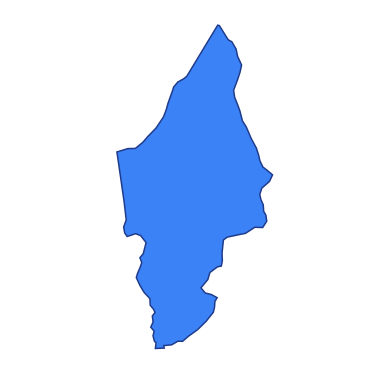 outline of Apsiou, Limassol, Cyprus, rotated 317°
{"feature_id": "46923920B22530470704850", "entity_name": "Apsiou", "entity_type": "district", "adm_level": 2, "iso_a3": "CYP", "parent_name": "Cyprus", "parent_adm1": "Limassol", "projection": "robinson", "projection_center": [33.025, 34.799], "detail": "fine", "context": "isolated", "style": "filled", "palette": "blue", "viewbox_px": 384, "rotation_deg": 317, "n_neighbors": 0, "source": "geoboundaries", "source_scale": "gbopen_adm2", "svg_char_len": 1441}
<svg xmlns="http://www.w3.org/2000/svg" viewBox="0 0 384 384"><g transform="rotate(317 192 192)"><path d="M164.4,111.5L135.8,152.7L124.8,167.6L118.1,171.0L114.9,176.0L114.2,180.3L122.3,184.0L124.7,188.8L123.9,197.7L114.2,203.9L109.1,204.5L107.1,209.4L102.5,211.8L96.4,214.5L92.9,216.6L90.2,224.8L88.5,232.8L88.5,241.3L84.2,246.3L83.9,251.5L82.8,254.9L78.4,255.6L74.8,260.6L69.7,262.7L69.4,267.9L65.4,270.6L62.8,275.4L62.8,277.9L58.5,281.4L58.6,281.6L63.5,285.7L65.2,287.2L66.5,285.0L72.9,289.9L79.9,291.5L83.3,294.8L91.1,295.1L102.6,296.5L105.9,296.4L114.2,296.2L125.6,294.5L129.8,291.7L134.1,287.7L136.4,287.0L138.3,286.5L136.2,280.1L132.8,274.9L133.2,268.2L143.9,266.8L150.2,263.1L159.6,264.1L162.9,266.2L167.3,263.0L172.3,257.2L175.6,254.3L182.3,248.5L186.9,249.0L196.4,254.7L202.9,258.7L213.8,260.6L219.5,266.2L225.7,264.6L226.8,264.3L230.2,259.4L231.3,255.0L235.4,249.9L237.2,244.6L239.9,240.0L245.7,236.8L255.9,237.1L262.6,234.4L261.8,228.0L260.9,222.0L263.0,215.4L265.7,210.8L269.0,203.9L271.8,193.2L276.0,181.6L277.4,174.4L282.3,165.4L284.9,159.3L287.8,151.8L291.8,146.0L302.4,140.7L308.9,137.1L314.8,133.0L317.9,123.8L321.7,117.6L323.6,109.3L322.3,105.3L325.5,89.0L324.6,87.5L267.1,103.8L263.0,103.5L256.7,101.9L250.2,102.7L246.3,104.9L240.3,108.0L234.9,110.8L230.0,113.8L226.8,115.5L222.1,117.7L209.3,120.7L197.4,121.3L190.2,122.1L180.3,121.5L174.7,116.5L164.4,111.5Z" fill="#3b82f6" stroke="#1e3a8a" stroke-width="1.5"/></g></svg>